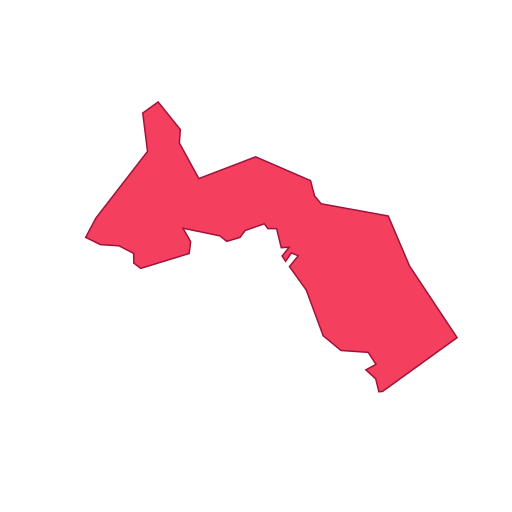 the district of Jur River, Western Bahr el Ghazal, South Sudan, rotated 327°
{"feature_id": "79223893B97545569096613", "entity_name": "Jur River", "entity_type": "district", "adm_level": 2, "iso_a3": "SSD", "parent_name": "South Sudan", "parent_adm1": "Western Bahr el Ghazal", "projection": "orthographic", "projection_center": [27.953, 7.62], "detail": "fine", "context": "isolated", "style": "filled", "palette": "rose", "viewbox_px": 512, "rotation_deg": 327, "n_neighbors": 0, "source": "geoboundaries", "source_scale": "gbopen_adm2", "svg_char_len": 756}
<svg xmlns="http://www.w3.org/2000/svg" viewBox="0 0 512 512"><g transform="rotate(327 256 256)"><path d="M238.9,74.4L222.0,109.2L142.6,136.9L123.3,147.6L131.7,161.7L146.7,172.9L154.8,187.2L149.6,195.4L152.6,203.6L201.3,217.5L209.0,208.4L209.9,192.9L236.8,219.6L239.4,227.8L252.7,231.7L260.8,228.7L280.5,233.5L280.9,239.5L288.2,244.3L281.7,262.8L288.6,266.7L277.9,270.2L277.9,276.6L287.3,272.7L291.6,278.8L278.3,283.1L279.6,312.0L268.9,359.5L275.8,381.5L297.6,397.9L297.6,412.2L286.1,411.3L289.5,424.3L285.1,436.8L288.4,438.5L380.2,434.0L379.3,348.2L388.7,294.5L355.0,262.7L339.1,247.7L337.8,237.6L342.8,222.5L313.6,178.5L309.7,172.6L250.2,159.9L253.3,119.5L261.4,108.7L257.8,73.5L238.9,74.4Z" fill="#f43f5e" stroke="#9f1239" stroke-width="1.5"/></g></svg>